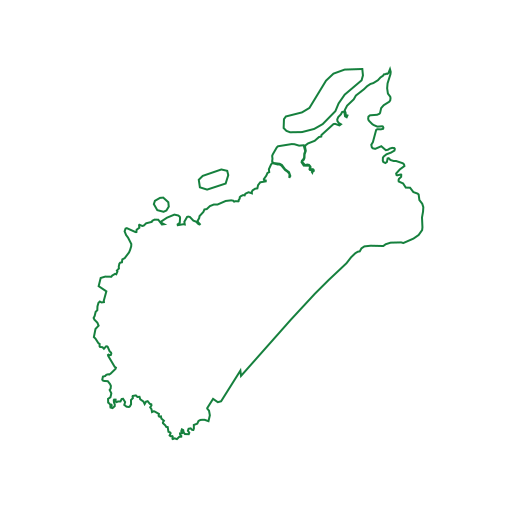 Huaquillas, El Oro, Ecuador (Natural Earth projection), rotated 341°
{"feature_id": "8360857B41959203551937", "entity_name": "Huaquillas", "entity_type": "district", "adm_level": 2, "iso_a3": "ECU", "parent_name": "Ecuador", "parent_adm1": "El Oro", "projection": "natural_earth1", "projection_center": [-80.198, -3.46], "detail": "fine", "context": "isolated", "style": "outline", "palette": "green", "viewbox_px": 512, "rotation_deg": 341, "n_neighbors": 0, "source": "geoboundaries", "source_scale": "gbopen_adm2", "svg_char_len": 6080}
<svg xmlns="http://www.w3.org/2000/svg" viewBox="0 0 512 512"><g transform="rotate(341 256 256)"><path d="M419.4,211.8L417.1,211.0L414.4,209.0L413.3,206.7L412.2,206.6L410.4,209.7L408.6,210.2L407.0,208.6L406.9,207.2L408.0,204.4L409.1,203.5L412.5,202.3L417.3,202.2L421.2,201.4L422.1,200.0L421.9,199.0L420.0,198.1L417.3,198.0L415.4,198.5L413.2,198.2L410.2,193.0L403.6,193.5L401.5,192.2L400.9,191.0L401.2,188.4L403.6,186.4L410.6,176.0L411.9,175.6L415.3,176.9L417.6,177.1L418.2,176.2L418.1,174.9L417.5,174.4L412.9,173.2L409.9,170.5L408.9,169.2L407.0,165.3L406.6,163.9L406.8,162.6L407.7,160.8L409.6,160.1L416.5,161.9L419.0,161.7L419.9,161.1L422.5,156.9L425.8,155.0L432.3,153.5L433.6,152.5L434.6,150.5L434.8,149.1L433.6,145.4L434.6,140.1L436.6,135.6L442.3,127.9L443.3,125.8L443.5,123.0L440.9,126.0L439.7,126.6L438.6,126.0L437.9,126.3L436.1,125.9L434.8,126.9L431.8,127.7L428.5,129.5L423.2,130.7L420.2,130.6L416.4,131.6L412.3,133.5L402.7,136.8L399.4,139.7L391.1,143.5L387.6,146.8L387.3,147.4L387.3,150.2L386.6,151.2L387.1,152.1L388.2,152.9L386.9,154.3L385.7,152.9L386.3,149.1L385.7,148.0L384.3,147.9L382.4,149.7L379.0,151.4L377.3,153.3L376.9,155.0L377.6,157.2L379.2,159.1L377.4,159.7L373.8,156.8L372.2,156.5L357.3,162.9L356.6,164.3L354.3,164.0L349.0,166.2L341.8,166.5L338.8,167.5L337.9,168.7L337.3,172.8L335.0,175.8L333.8,179.0L332.6,180.5L330.3,181.5L330.2,182.0L332.0,186.1L334.2,186.2L335.8,187.1L336.6,189.2L335.7,191.8L338.0,192.4L338.5,193.1L338.4,194.3L336.9,194.8L336.4,195.5L336.2,194.7L337.5,193.7L337.4,193.2L335.1,192.3L334.8,191.5L336.0,189.4L335.9,188.0L330.6,186.1L329.6,182.2L330.4,180.9L332.1,180.0L333.5,178.7L334.9,175.1L336.7,172.8L337.1,166.8L332.7,165.7L328.7,162.8L326.2,161.8L312.5,159.4L311.0,160.1L304.9,165.4L303.9,166.6L303.2,169.5L302.1,171.7L302.2,172.7L303.1,173.9L308.4,176.5L310.1,178.3L311.7,183.4L314.5,187.5L314.5,191.5L312.9,192.9L314.2,190.0L314.2,188.7L313.2,186.5L311.5,184.2L309.5,178.8L307.9,177.0L306.4,176.6L301.6,173.4L300.0,174.4L296.4,178.2L295.8,181.0L293.9,181.2L291.9,183.4L288.4,185.9L288.4,186.9L289.8,187.8L289.5,188.6L284.0,187.7L281.0,189.7L279.3,192.5L277.1,192.1L274.2,192.8L272.9,193.9L272.5,195.4L269.7,193.3L266.8,193.6L265.9,193.9L265.0,195.0L263.6,194.2L261.1,194.5L259.8,195.1L259.2,196.5L257.9,197.4L257.4,198.5L257.1,198.6L254.5,197.5L253.0,197.5L252.6,196.4L250.7,195.3L245.3,194.1L236.4,194.8L232.9,193.6L228.7,193.8L224.7,195.6L222.4,195.2L220.6,197.2L215.6,199.9L214.6,201.7L212.3,203.7L212.2,205.1L213.3,207.6L212.9,207.8L212.0,207.1L210.5,204.0L208.3,202.2L206.2,197.6L204.8,196.7L203.6,196.6L199.4,200.3L198.9,203.0L197.6,202.3L192.1,201.4L192.2,200.6L194.7,199.8L196.6,195.3L196.7,194.0L195.7,192.4L192.3,190.3L184.3,190.8L178.0,192.4L177.4,193.9L179.4,196.0L177.3,195.6L175.4,189.9L172.0,188.6L169.5,188.9L168.5,189.8L162.8,189.3L159.8,190.7L158.3,190.6L155.9,188.5L155.5,188.7L154.9,191.3L151.7,192.3L150.7,194.4L149.8,194.1L142.9,187.6L141.6,187.6L139.8,189.9L140.0,193.9L141.0,197.0L142.0,204.1L141.1,206.3L138.9,209.3L137.1,211.3L131.1,215.3L128.5,215.7L127.2,218.3L125.4,218.1L124.3,218.8L122.8,221.3L122.3,223.2L119.7,224.5L119.9,225.6L117.9,227.8L116.9,227.0L113.6,227.7L112.5,228.5L106.7,226.4L102.0,226.2L97.4,233.3L103.0,240.7L97.6,248.6L97.2,250.1L94.8,249.6L93.5,248.2L91.8,249.0L89.7,252.0L88.3,255.6L86.2,256.6L83.9,260.2L82.3,261.7L82.5,263.6L84.3,267.4L84.5,270.6L80.5,272.7L76.3,279.9L77.3,281.8L78.6,287.1L79.5,288.2L78.7,290.5L78.9,291.2L81.2,292.3L82.0,294.2L84.9,292.6L85.7,292.9L86.2,293.6L86.6,298.6L87.5,300.1L87.4,301.2L86.4,302.4L85.3,302.1L84.5,301.2L83.8,301.4L83.7,302.2L86.3,314.8L87.2,316.0L86.4,317.0L80.2,319.9L78.5,320.3L77.8,319.7L75.8,319.6L74.3,320.4L72.0,320.2L70.4,322.8L70.6,323.8L71.7,324.7L75.1,326.1L76.3,329.6L76.5,331.6L75.4,334.0L74.0,335.0L74.5,338.7L73.4,340.6L72.3,342.2L69.6,342.9L68.5,346.5L69.3,347.6L69.6,349.0L70.8,349.4L71.0,350.1L70.5,350.9L69.3,350.9L69.1,351.9L70.8,353.1L73.5,352.0L74.2,350.2L74.0,348.4L74.6,346.0L75.1,345.6L76.5,346.1L75.9,348.0L76.6,348.8L78.2,348.6L80.5,349.4L82.4,347.5L83.8,347.7L84.7,351.5L83.0,353.9L84.5,356.3L86.7,357.4L87.8,357.1L89.6,355.5L90.9,351.5L93.3,350.3L93.5,348.7L93.9,348.2L97.0,348.7L98.0,350.7L100.0,351.2L99.9,353.8L102.2,357.0L102.5,359.7L104.6,357.9L106.3,358.0L107.5,361.3L108.7,362.1L108.5,363.3L106.7,364.6L107.3,366.8L106.9,369.7L108.8,369.5L109.5,370.0L112.8,373.7L111.9,375.4L112.3,376.5L113.9,376.7L113.6,378.9L115.3,381.8L113.8,383.0L113.6,383.8L115.1,386.6L115.5,388.4L116.8,389.0L116.0,393.7L117.4,394.9L117.6,395.7L115.9,397.6L116.6,398.6L118.3,399.1L118.4,399.8L117.5,401.6L117.7,402.0L119.7,401.9L121.6,403.4L124.5,402.0L126.5,402.5L126.8,401.8L126.1,400.3L126.4,399.0L128.3,399.4L128.3,397.3L129.5,395.8L130.5,396.9L130.2,399.3L130.8,401.2L134.4,402.6L135.4,401.4L134.7,399.1L136.0,397.4L138.1,397.7L139.0,399.6L140.1,400.1L141.1,398.9L142.2,395.5L145.9,395.4L147.9,393.3L149.3,393.0L150.6,393.0L154.0,394.1L157.3,396.7L160.5,391.6L161.2,387.0L160.2,384.4L160.4,383.9L168.9,377.1L172.3,381.8L175.7,382.0L203.9,359.3L202.8,364.5L268.5,327.4L299.3,310.9L316.8,302.4L339.2,292.3L345.6,288.1L350.8,285.7L353.6,285.1L355.6,285.4L358.2,283.1L361.6,282.2L367.7,283.6L379.6,288.0L382.4,287.1L387.6,287.2L397.7,290.4L399.5,291.7L410.6,290.8L416.6,289.1L421.5,285.6L422.7,283.1L425.5,273.6L428.4,268.4L430.1,264.3L430.2,260.7L428.7,256.3L429.8,250.8L429.1,249.6L425.6,246.8L423.9,241.6L419.9,240.1L418.7,235.3L415.2,232.0L415.5,230.6L416.3,229.6L419.0,228.4L419.8,226.5L419.6,226.1L415.7,225.7L415.2,225.1L415.4,223.6L420.3,220.9L425.6,219.3L425.8,217.6L425.0,216.1L419.4,211.8ZM392.4,132.3L413.0,124.3L415.9,120.1L417.4,113.8L400.5,108.6L388.6,108.8L379.3,113.0L354.7,133.4L346.2,135.2L329.7,133.8L327.0,135.7L323.8,144.0L325.5,147.6L328.5,150.1L339.8,153.8L352.4,154.8L362.0,153.0L378.2,144.9L383.8,138.6L392.4,132.3ZM256.1,170.5L256.5,166.1L251.4,162.9L231.7,162.9L226.7,165.3L225.3,172.8L231.4,177.3L250.9,177.6L256.1,170.5ZM186.1,183.8L189.6,180.9L190.6,176.6L187.3,170.6L184.2,169.8L178.4,170.9L176.3,173.7L177.6,180.5L183.0,184.1L186.1,183.8Z" fill="none" stroke="#15803d" stroke-width="2"/></g></svg>